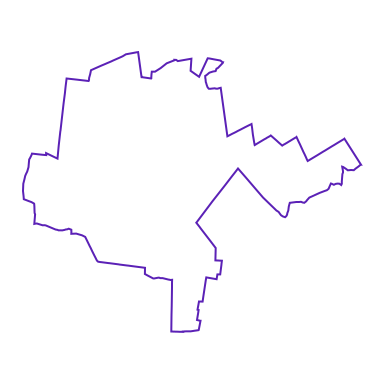 outline of Conkal, Yucatán, Mexico
{"feature_id": "50627088B39566324417848", "entity_name": "Conkal", "entity_type": "district", "adm_level": 2, "iso_a3": "MEX", "parent_name": "Mexico", "parent_adm1": "Yucatán", "projection": "orthographic", "projection_center": [-89.502, 21.075], "detail": "fine", "context": "isolated", "style": "outline", "palette": "violet", "viewbox_px": 384, "rotation_deg": 0, "n_neighbors": 0, "source": "geoboundaries", "source_scale": "gbopen_adm2", "svg_char_len": 4308}
<svg xmlns="http://www.w3.org/2000/svg" viewBox="0 0 384 384"><path d="M207.7,58.3L199.1,76.8L195.1,74.0L190.6,70.8L191.4,58.7L177.8,61.1L176.2,59.9L174.5,59.8L174.6,60.2L166.7,63.3L160.9,67.9L160.8,68.0L155.0,71.7L151.8,71.7L151.6,73.3L151.4,75.3L151.4,76.1L151.3,76.9L151.3,77.6L151.3,78.4L151.2,78.5L142.2,77.2L141.8,77.2L141.8,76.8L141.5,76.8L138.1,52.1L136.6,52.3L132.4,53.1L125.9,54.3L122.8,56.2L121.1,57.0L112.7,60.7L111.5,61.3L106.3,63.5L105.9,63.7L101.6,65.5L95.5,68.2L91.0,70.2L90.1,74.5L90.0,74.8L89.1,78.0L89.0,80.1L88.6,81.0L76.6,79.6L66.6,78.5L66.3,80.9L65.7,85.7L65.4,88.4L65.1,91.3L64.9,93.3L63.6,103.3L60.5,130.5L60.3,131.5L58.7,145.8L57.5,158.6L46.1,153.1L46.1,154.1L46.2,155.1L42.9,154.8L40.0,154.5L32.0,153.6L31.4,155.3L29.9,158.3L29.2,159.4L28.9,162.5L28.5,167.2L27.2,171.6L26.1,173.8L25.2,175.9L24.5,179.0L23.3,183.7L23.0,191.0L23.6,196.4L23.8,199.2L26.2,200.1L28.5,201.0L31.5,202.1L34.1,203.6L34.2,203.9L34.4,206.7L34.5,210.3L34.6,213.0L35.1,214.3L34.3,223.9L35.6,223.6L36.9,223.5L42.7,225.3L44.3,225.2L45.7,225.4L46.2,225.6L55.5,229.5L57.6,229.9L58.4,230.3L60.8,230.3L62.1,230.4L64.6,229.9L65.6,229.5L67.3,229.3L68.7,228.7L71.3,229.7L71.4,231.3L71.3,233.8L76.2,233.6L82.0,235.3L82.6,235.6L85.2,236.9L88.1,242.8L89.7,246.1L90.7,248.0L92.2,251.2L93.4,253.6L94.6,256.0L95.9,258.5L96.5,259.8L97.2,260.9L97.7,261.3L97.8,261.4L98.1,261.7L100.6,262.1L100.8,262.1L108.6,263.1L108.8,263.1L118.9,264.4L119.2,264.5L127.1,265.5L127.4,265.5L133.4,266.3L145.0,267.8L144.9,274.0L147.6,275.5L151.8,277.7L153.1,278.4L154.0,278.5L158.1,277.7L159.1,277.7L160.3,278.1L162.5,278.1L168.6,279.6L169.5,279.7L170.4,280.0L172.1,279.8L172.0,283.1L172.0,287.2L171.9,294.1L171.8,300.7L171.7,306.8L171.5,315.2L171.3,331.5L174.0,331.6L177.6,331.7L180.0,331.8L180.3,331.8L180.5,331.8L180.8,331.8L181.1,331.8L181.3,331.8L182.6,331.9L183.1,331.9L183.0,331.5L183.7,331.5L184.1,331.4L188.2,331.3L188.6,331.3L190.9,331.3L194.8,330.7L198.4,330.2L198.7,330.0L198.7,329.9L198.8,329.7L200.5,320.8L200.4,320.8L197.0,320.0L198.2,312.8L198.6,310.0L197.5,309.7L198.3,305.4L199.0,301.5L202.6,301.6L203.5,295.4L205.8,280.1L206.3,277.4L216.6,279.2L217.4,274.4L220.2,274.4L221.4,265.0L221.5,263.8L221.7,262.3L221.9,260.7L215.4,260.4L215.7,248.0L210.9,241.7L200.2,227.8L200.2,227.7L196.3,222.7L196.7,222.2L196.8,222.1L212.0,201.9L212.3,201.5L212.6,201.1L213.0,200.6L225.1,185.2L231.4,177.0L235.0,172.4L238.0,168.5L246.1,177.8L258.0,191.7L258.1,191.8L263.0,197.5L276.4,210.5L278.6,211.9L280.1,214.0L281.0,215.2L282.8,216.4L285.1,217.2L286.3,216.1L287.1,214.6L287.3,213.2L288.3,210.5L288.8,206.5L289.8,202.8L290.8,202.7L296.3,202.0L299.0,202.0L301.0,201.8L302.7,202.5L304.3,202.8L306.2,201.3L307.0,200.2L309.3,197.6L319.6,192.9L324.6,191.0L326.9,190.2L328.6,188.8L329.4,186.9L330.9,183.5L331.6,183.7L333.9,184.8L335.6,183.9L337.6,183.6L339.3,183.7L340.7,184.6L341.2,185.0L341.8,183.8L341.8,181.6L342.4,174.1L343.0,172.5L343.0,171.1L342.2,166.7L343.2,167.0L346.0,168.9L347.8,170.3L351.1,170.0L353.8,170.2L355.6,168.6L358.9,166.2L359.6,165.5L360.9,164.7L361.0,164.7L349.2,146.2L344.4,138.7L344.2,138.9L337.9,142.7L333.5,145.4L332.6,145.9L324.3,151.0L323.7,151.3L317.2,155.3L307.7,161.0L307.1,159.9L305.9,157.1L304.4,153.9L303.4,151.9L302.0,148.8L301.4,147.5L299.9,144.2L298.9,142.2L298.8,141.9L298.6,141.6L297.7,139.6L296.5,137.0L296.3,137.2L295.0,137.9L291.0,140.3L290.6,140.6L289.2,141.4L286.6,143.0L285.9,143.4L285.2,143.8L284.6,144.2L283.7,144.6L282.2,145.6L281.3,144.8L281.0,144.5L280.7,144.3L280.3,143.9L279.0,142.8L276.6,140.6L270.8,135.5L270.6,135.7L270.2,135.9L269.8,136.2L269.4,136.4L269.1,136.6L268.7,136.8L268.2,137.1L267.6,137.4L267.1,137.7L266.7,137.9L266.4,138.1L265.9,138.5L264.5,139.2L256.8,143.8L254.7,145.1L254.6,144.9L254.6,144.7L254.0,141.4L252.9,134.7L252.5,131.4L252.1,128.0L251.5,124.0L244.5,127.5L243.6,128.0L242.2,128.7L240.9,129.4L239.5,130.1L237.7,131.0L235.9,132.0L234.1,132.9L232.2,133.8L229.0,135.5L227.4,136.3L220.7,87.8L219.0,88.2L217.6,88.7L216.1,88.7L214.8,88.3L212.7,88.5L210.1,88.8L208.7,88.7L207.5,87.1L206.7,84.9L206.1,82.8L205.8,82.1L205.5,78.9L205.3,78.2L205.2,75.9L206.5,75.1L207.6,74.2L209.1,72.9L209.6,72.6L213.1,71.5L215.6,71.1L216.5,68.7L218.0,67.9L222.8,62.9L223.0,62.3L222.5,62.3L221.4,61.3L220.3,60.5L213.7,59.3L209.6,58.5L207.7,58.3Z" fill="none" stroke="#5b21b6" stroke-width="2"/></svg>